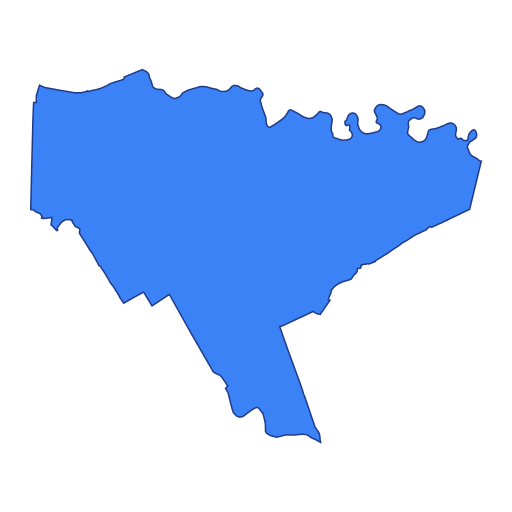 the district of Gorgota, Prahova, Romania
{"feature_id": "2599482B64281758145187", "entity_name": "Gorgota", "entity_type": "district", "adm_level": 2, "iso_a3": "ROU", "parent_name": "Romania", "parent_adm1": "Prahova", "projection": "mercator", "projection_center": [26.09, 44.773], "detail": "fine", "context": "isolated", "style": "filled", "palette": "blue", "viewbox_px": 512, "rotation_deg": 0, "n_neighbors": 0, "source": "geoboundaries", "source_scale": "gbopen_adm2", "svg_char_len": 5989}
<svg xmlns="http://www.w3.org/2000/svg" viewBox="0 0 512 512"><path d="M481.3,161.1L479.8,161.0L476.9,158.5L472.6,156.3L470.5,154.5L469.2,152.1L468.4,149.6L467.6,148.4L467.4,146.8L467.6,145.4L468.5,144.2L469.2,142.9L470.1,141.8L474.8,138.8L475.9,137.9L476.6,136.2L476.7,134.7L476.4,133.3L475.8,131.5L474.9,130.2L473.8,129.8L473.1,129.9L472.3,130.3L470.4,132.1L469.4,133.3L469.0,134.1L468.6,135.4L467.7,139.9L466.8,140.5L465.8,140.6L463.5,140.3L462.8,139.8L461.4,138.4L460.7,138.2L458.3,139.1L457.6,138.6L456.6,137.6L455.8,136.4L455.6,135.5L455.6,133.9L456.3,130.3L456.4,128.9L456.3,127.6L455.2,125.5L453.5,123.9L451.2,123.0L449.6,123.0L447.5,123.7L443.7,125.7L441.4,126.4L439.8,127.2L436.8,128.2L434.6,128.8L431.7,129.2L429.7,129.7L428.5,130.8L428.0,132.3L427.5,134.4L426.5,137.8L425.7,139.2L424.1,140.8L421.9,141.8L419.3,142.3L418.3,142.2L417.2,141.8L413.8,139.7L412.3,138.1L408.9,135.4L407.9,134.1L407.6,132.7L408.0,129.7L408.6,127.6L408.6,125.9L408.3,123.5L408.3,121.9L408.9,120.8L411.5,118.6L412.9,117.8L414.4,117.8L415.8,118.1L417.5,119.0L419.7,119.1L421.3,118.6L422.7,117.6L423.6,116.1L424.5,114.3L424.7,113.0L424.8,111.3L424.5,109.9L423.5,108.3L422.5,107.1L421.2,106.2L420.2,105.9L419.2,105.9L418.0,106.2L412.3,109.6L409.5,110.6L407.0,111.9L401.7,114.0L400.1,114.2L398.8,113.9L396.8,112.8L389.4,108.0L388.0,106.8L386.1,105.6L383.5,104.8L381.7,104.6L380.3,104.5L377.9,105.3L376.6,106.3L374.9,108.9L374.4,110.1L374.4,111.2L374.8,112.5L375.5,113.7L376.6,116.2L377.4,118.2L377.4,119.0L376.9,119.8L376.2,121.4L376.5,122.7L376.9,123.0L379.0,123.9L379.9,124.6L380.5,125.4L380.9,126.3L380.8,128.0L380.3,129.6L379.0,130.7L377.9,131.5L373.5,132.7L369.3,133.6L366.2,133.8L365.0,133.6L363.3,132.9L361.9,132.0L360.5,130.6L359.4,129.3L357.8,124.7L357.7,122.9L358.1,119.6L357.7,117.7L357.1,115.9L355.4,113.9L354.8,113.5L353.5,113.1L352.3,113.0L350.5,113.5L349.2,114.5L348.3,115.6L347.6,117.0L347.2,118.4L346.7,119.6L346.1,120.5L345.1,121.2L344.9,122.2L344.9,123.3L345.4,124.8L346.2,125.6L347.1,125.6L348.1,124.9L348.9,124.9L349.6,125.3L349.9,126.4L349.5,129.9L349.7,130.5L350.5,131.1L351.4,132.1L352.1,133.9L352.3,135.3L352.0,136.7L351.5,137.7L350.7,138.5L349.6,139.1L346.5,140.0L343.4,140.2L340.9,139.9L339.7,139.5L334.9,137.9L333.4,137.2L332.9,136.3L332.7,133.5L332.0,132.4L331.4,131.2L331.2,129.1L331.3,126.6L331.5,124.6L332.2,120.4L332.1,119.1L331.1,116.1L330.4,115.1L329.7,114.3L328.3,113.4L325.8,112.7L323.5,112.7L320.7,111.5L320.0,111.5L319.2,111.9L317.4,114.0L315.8,115.4L313.6,117.2L312.3,117.8L310.9,118.2L308.8,118.5L306.9,118.1L304.5,117.3L303.3,116.8L297.3,113.1L291.2,110.0L290.0,109.9L289.2,110.2L288.5,110.9L287.7,112.5L285.5,115.9L284.4,117.2L281.8,119.5L274.8,124.4L271.3,126.4L270.2,127.2L269.6,127.4L268.7,127.1L267.7,126.4L266.8,124.9L266.2,123.0L265.8,117.4L262.4,108.3L260.4,101.1L260.3,99.5L262.4,96.2L262.9,95.0L262.9,94.1L262.6,93.1L259.7,89.3L258.6,88.3L256.9,88.1L255.4,88.8L253.8,90.2L252.7,90.8L251.3,91.0L250.0,90.9L248.1,90.5L244.3,89.2L240.0,87.4L238.3,86.0L234.7,85.4L233.2,85.7L231.9,86.5L228.9,89.9L226.9,90.9L225.5,91.4L221.2,91.5L219.6,91.0L217.1,89.5L210.0,87.9L207.8,87.2L205.2,86.7L202.6,86.5L200.2,86.6L198.5,87.0L196.5,87.8L194.5,88.2L190.4,89.5L188.6,89.9L184.1,92.1L182.5,93.2L180.1,96.3L178.5,97.2L175.2,98.5L173.6,98.3L171.5,97.4L167.1,94.5L165.6,93.3L163.8,90.5L162.9,90.0L161.2,89.5L157.4,89.3L155.7,88.8L153.6,87.6L152.8,86.6L152.3,85.3L151.3,81.5L149.5,77.6L149.1,75.6L148.5,73.6L146.3,71.5L142.2,69.6L124.3,77.0L124.0,79.0L123.3,79.4L120.3,80.5L114.4,82.2L110.0,83.8L106.6,85.8L101.1,88.2L95.7,89.8L91.9,90.5L88.1,91.6L87.7,90.9L83.8,92.2L81.0,92.7L74.9,92.8L58.9,90.1L44.8,87.5L43.7,87.1L39.5,85.2L36.4,95.4L36.3,97.4L36.3,102.6L33.7,102.4L33.5,104.7L32.9,120.0L30.7,209.4L31.2,209.8L33.7,209.9L36.0,212.1L37.6,212.6L40.5,213.9L41.5,215.8L42.1,216.4L42.0,217.0L41.5,217.8L41.6,218.1L41.9,218.4L42.3,218.5L46.2,218.3L52.0,217.5L51.0,225.0L52.2,225.7L55.3,229.2L56.8,230.6L57.3,230.6L57.6,230.4L57.3,228.6L57.5,227.4L57.8,226.8L61.5,222.3L62.3,221.5L63.7,220.9L65.1,219.9L66.0,219.6L69.6,219.7L72.3,220.4L72.1,221.3L72.3,221.9L75.4,226.7L77.3,227.3L78.6,228.2L79.2,228.3L79.8,228.9L79.8,230.3L79.4,232.9L79.8,233.9L82.8,238.5L90.5,251.0L91.5,252.2L93.0,254.4L99.0,265.6L100.0,266.3L100.7,266.7L101.2,267.3L101.3,268.0L104.5,272.6L109.3,280.7L109.6,281.6L110.0,282.3L113.6,287.0L119.1,295.9L120.1,298.0L123.7,303.2L135.8,296.3L143.7,292.1L152.0,305.9L169.4,294.4L190.8,332.8L213.2,371.7L214.5,372.8L219.7,375.2L221.3,376.6L221.9,377.2L223.7,380.0L225.2,382.0L226.6,384.5L227.8,385.9L225.5,388.4L228.1,392.8L229.3,397.9L231.9,408.1L233.4,412.7L237.0,416.3L239.5,417.1L242.6,416.7L252.4,409.5L255.4,407.9L257.3,407.4L258.7,408.1L260.1,410.0L262.9,413.5L263.9,417.0L265.4,423.9L265.5,431.4L266.8,433.5L270.8,435.7L276.6,437.2L286.0,434.9L294.8,435.0L301.7,434.2L306.0,434.5L309.3,436.1L310.8,437.5L314.9,439.3L320.6,442.4L320.1,439.4L319.6,434.5L318.6,432.1L316.3,428.9L315.0,426.9L310.9,414.9L304.7,396.6L303.4,393.7L303.0,391.9L301.0,385.8L287.6,349.1L279.7,326.7L282.9,325.6L311.2,312.4L313.4,311.4L313.5,311.8L317.7,314.0L320.4,314.3L321.0,313.2L330.0,300.3L328.3,299.8L329.1,296.9L330.6,293.8L331.5,290.2L331.9,289.4L334.6,286.4L337.4,284.4L338.6,283.7L342.6,281.8L349.2,279.9L351.3,279.0L352.4,277.2L354.1,274.9L355.4,273.6L356.2,273.1L356.7,271.9L357.3,270.9L357.4,269.3L357.7,268.4L357.9,268.2L359.4,268.2L359.9,268.5L360.9,267.7L361.0,265.7L361.2,265.3L361.5,265.3L361.4,264.9L361.8,264.7L363.0,264.4L366.0,264.2L366.6,263.8L368.0,263.8L369.0,264.0L372.7,262.5L374.8,261.8L374.6,261.3L375.5,261.0L376.3,260.3L385.5,254.5L386.6,254.0L393.0,249.4L397.9,246.3L399.7,245.1L401.9,243.2L406.5,240.6L414.4,235.4L418.9,233.2L419.9,232.9L422.2,231.6L426.0,230.0L426.5,229.6L426.8,228.9L427.2,228.5L428.2,227.9L429.5,226.7L430.3,226.7L431.5,227.2L432.0,227.2L433.2,226.5L436.3,225.2L437.5,224.5L442.1,222.6L443.6,221.7L446.6,220.5L449.5,218.9L469.3,209.5L469.7,209.1L469.8,208.6L481.3,161.1Z" fill="#3b82f6" stroke="#1e3a8a" stroke-width="1.5"/></svg>